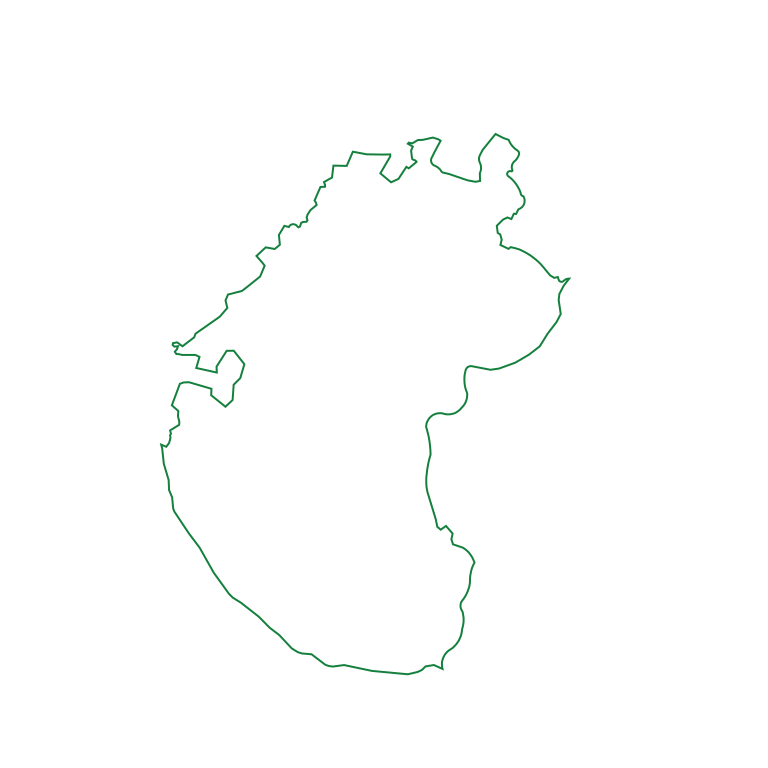 Ain Al Arab, Aleppo, Syria, rotated 212°
{"feature_id": "27442178B6640625460328", "entity_name": "Ain Al Arab", "entity_type": "district", "adm_level": 2, "iso_a3": "SYR", "parent_name": "Syria", "parent_adm1": "Aleppo", "projection": "mercator", "projection_center": [38.284, 36.533], "detail": "fine", "context": "isolated", "style": "outline", "palette": "green", "viewbox_px": 768, "rotation_deg": 212, "n_neighbors": 0, "source": "geoboundaries", "source_scale": "gbopen_adm2", "svg_char_len": 6166}
<svg xmlns="http://www.w3.org/2000/svg" viewBox="0 0 768 768"><g transform="rotate(212 384 384)"><path d="M282.8,571.5L283.5,571.0L284.1,570.5L284.7,569.9L285.2,569.2L285.6,568.6L285.9,567.9L286.5,566.0L286.9,565.3L287.4,564.9L287.8,564.6L288.4,564.4L288.9,564.3L289.8,564.3L290.6,564.6L293.3,566.8L295.9,564.2L300.7,564.2L307.5,566.4L309.8,567.2L311.7,567.8L314.6,568.7L317.3,569.3L320.6,569.9L324.3,570.3L327.7,570.6L331.1,570.6L334.1,570.5L336.8,570.3L340.2,569.9L341.5,569.6L345.3,568.5L349.1,567.2L350.0,564.6L358.9,563.6L360.7,568.8L364.7,572.4L367.6,572.4L372.2,578.0L370.2,586.4L367.6,590.6L363.4,591.4L364.1,597.2L362.1,598.2L362.6,603.2L361.5,605.1L361.1,606.0L360.7,607.2L360.5,608.4L360.5,609.7L360.6,611.0L361.0,612.2L361.5,613.3L362.1,614.3L362.8,615.2L363.6,616.0L364.6,616.7L365.2,617.1L365.9,616.9L366.6,616.8L367.4,616.9L368.0,617.2L368.8,617.7L369.1,618.1L369.4,618.5L371.8,620.3L374.0,621.6L376.5,622.9L379.1,624.0L381.8,624.9L383.4,625.3L385.3,625.7L387.0,625.9L389.1,626.1L389.8,626.4L390.4,626.8L391.0,627.5L391.2,628.2L391.3,628.6L391.3,629.1L391.2,629.6L391.1,629.9L390.7,630.6L390.2,631.2L389.6,631.5L388.8,631.8L388.5,632.0L388.2,632.3L388.1,632.7L388.2,633.1L388.4,633.4L389.7,634.5L390.2,635.1L390.6,635.7L391.0,636.3L391.2,637.0L391.5,637.6L391.6,638.3L391.7,639.4L391.7,640.5L391.6,641.3L391.2,642.5L390.9,643.7L390.7,645.0L390.7,646.2L390.7,647.7L390.9,649.0L391.1,650.1L391.4,650.8L391.7,651.3L392.2,651.8L392.7,652.2L393.3,652.5L394.2,652.7L396.2,652.8L398.0,653.0L399.7,653.4L401.3,653.8L402.9,654.4L404.6,655.2L406.1,656.1L407.7,657.1L412.9,655.9L421.9,655.1L424.4,634.9L423.9,628.6L423.6,627.2L423.1,625.8L422.3,624.6L421.4,623.6L420.5,622.8L419.0,621.8L418.1,621.0L417.1,620.0L416.4,619.0L415.7,617.8L415.1,616.5L414.7,615.0L414.5,613.7L411.1,608.5L410.1,607.1L413.7,603.9L421.1,601.0L440.0,596.6L446.6,594.4L447.8,594.6L449.0,595.2L450.3,595.7L451.3,595.9L452.4,596.1L453.6,596.2L454.8,596.2L457.8,595.9L458.5,595.9L459.2,596.1L460.1,596.4L460.7,596.7L461.4,597.1L461.9,597.7L462.4,598.2L462.8,598.9L463.1,599.6L463.4,600.3L463.5,601.3L463.5,602.2L464.1,607.9L464.9,620.3L467.7,620.3L473.1,618.9L480.6,611.5L484.5,608.9L487.5,603.1L490.9,601.8L491.1,600.4L485.4,600.6L484.7,596.3L480.3,590.8L479.0,589.6L475.6,590.2L474.1,589.6L477.3,580.0L480.1,580.0L480.4,565.6L484.9,558.8L498.7,560.7L499.3,580.4L500.4,582.0L506.0,578.3L520.4,569.6L533.5,564.5L531.2,549.2L542.6,542.4L537.5,531.5L541.9,523.5L539.4,521.5L538.6,520.0L542.3,517.4L540.1,502.8L537.9,501.8L536.0,500.1L538.5,492.6L538.6,487.3L537.8,484.1L535.6,482.2L535.7,480.5L538.7,478.4L539.6,476.7L538.7,473.0L539.7,471.5L541.2,471.8L542.0,472.0L542.9,472.2L543.5,472.1L544.1,472.0L545.2,471.7L545.8,471.3L546.4,470.8L546.9,470.3L547.4,469.6L547.7,468.8L547.9,468.1L547.9,467.4L547.9,466.7L552.3,465.3L552.1,454.7L546.1,446.9L548.2,440.6L556.7,437.2L560.0,425.0L550.8,422.2L547.9,421.1L546.0,409.5L551.2,394.6L553.8,387.6L563.7,377.2L562.7,370.9L557.2,365.5L558.9,354.2L570.5,326.8L569.7,323.0L574.9,309.2L581.5,309.7L584.6,306.8L583.9,305.1L581.6,304.6L578.7,306.9L578.0,303.7L578.5,300.5L575.9,299.4L574.5,300.3L570.6,301.7L559.3,308.7L554.8,309.2L551.7,298.1L531.9,305.1L535.2,310.0L535.0,328.8L529.0,332.6L512.9,326.8L509.0,312.8L511.1,303.7L503.9,290.2L506.4,280.7L524.6,282.9L527.8,288.5L550.2,282.2L554.8,279.1L557.2,276.0L552.6,253.5L544.1,252.1L541.7,247.5L537.6,243.6L536.1,240.8L540.8,231.3L538.3,228.9L538.3,227.3L536.4,224.9L535.0,220.1L535.4,215.4L540.8,214.5L537.8,211.6L528.5,199.7L515.7,188.4L510.1,180.2L503.6,175.6L496.9,166.8L494.2,164.7L470.1,153.8L453.6,147.5L428.5,133.8L404.5,124.0L399.1,122.7L389.3,122.7L366.8,120.3L351.7,116.7L339.8,115.6L322.2,110.9L315.1,110.9L310.8,112.0L302.2,116.4L284.9,114.8L281.4,115.6L277.6,117.3L268.9,124.5L242.2,134.3L209.9,150.5L202.9,157.6L200.4,161.4L199.1,166.5L192.8,172.1L183.4,173.4L184.6,174.6L185.5,175.8L186.4,177.1L187.3,178.6L187.9,180.1L188.4,181.8L188.7,183.3L188.9,185.1L189.0,186.4L188.9,187.7L188.7,188.9L188.5,190.2L188.2,191.2L187.8,192.4L187.3,193.6L186.7,194.7L185.9,196.7L185.3,199.0L185.1,200.2L184.8,201.6L184.7,203.9L184.6,205.1L184.7,206.6L184.8,207.7L185.0,209.1L185.2,210.3L185.5,211.7L186.0,213.1L186.5,214.6L187.1,215.9L187.8,217.4L188.5,219.7L189.3,221.9L190.4,224.3L191.7,226.5L192.6,227.9L193.8,229.3L195.0,230.7L196.1,231.9L197.0,232.7L198.0,233.1L198.9,233.7L199.7,234.3L200.5,235.0L201.0,235.6L201.5,236.3L201.9,237.0L202.3,237.8L202.6,238.6L202.8,239.3L202.9,240.1L202.9,240.9L202.9,241.8L202.7,243.1L202.6,245.2L202.6,247.0L202.7,248.9L203.0,251.7L203.6,254.6L204.0,256.1L204.4,257.6L205.0,259.1L205.6,260.5L206.3,261.9L207.6,263.9L208.8,266.2L209.7,268.2L210.6,270.5L211.4,272.8L212.0,275.3L212.4,277.9L212.6,280.5L214.1,281.6L215.7,282.7L217.3,283.7L219.1,284.6L220.9,285.3L222.6,286.0L224.9,286.5L225.8,286.7L228.2,286.9L230.4,287.0L240.5,284.6L244.6,288.1L246.5,293.5L256.2,296.5L258.7,290.5L263.2,291.2L268.4,296.7L289.0,314.6L290.4,315.9L291.7,317.3L292.9,318.7L294.1,320.2L296.1,323.1L298.0,326.1L299.2,328.4L300.3,330.8L301.9,334.1L303.4,337.7L304.8,341.3L306.0,345.0L307.1,348.8L309.0,351.6L311.0,354.4L313.1,357.1L315.4,359.9L317.7,362.5L320.3,365.1L322.8,367.5L325.5,369.9L326.0,370.8L326.4,371.7L326.8,372.6L327.2,373.8L327.4,375.0L327.5,376.5L327.5,378.0L327.4,379.5L327.1,380.7L326.7,382.1L326.1,383.5L325.3,384.8L324.4,386.0L323.6,386.9L322.5,387.9L321.5,388.6L320.5,389.3L319.4,389.8L318.5,390.2L317.3,390.5L316.1,390.9L315.0,391.4L313.9,392.0L312.8,392.7L311.7,393.5L310.6,394.5L309.6,395.5L308.7,396.6L307.9,397.8L307.3,399.1L306.6,400.6L306.2,401.8L305.9,403.0L305.7,404.4L305.3,406.3L305.1,408.0L305.0,409.2L305.0,410.4L305.1,411.5L305.3,412.7L305.6,413.9L305.9,415.0L306.3,416.2L306.8,417.3L307.7,418.9L308.8,420.5L310.2,421.5L311.6,422.6L313.0,423.9L314.3,425.2L315.4,426.5L316.5,427.9L317.6,429.5L318.7,431.2L319.8,433.1L320.7,435.1L321.4,437.0L322.2,439.2L322.3,440.1L322.3,441.0L322.2,441.9L321.9,442.8L321.4,443.6L320.8,444.4L320.1,445.0L319.3,445.5L301.2,452.5L294.6,458.1L284.0,471.6L276.6,485.7L271.9,498.3L271.9,513.5L270.5,527.9L271.2,537.0L280.4,547.8L283.0,553.3L283.7,562.6L282.8,571.5Z" fill="none" stroke="#15803d" stroke-width="2"/></g></svg>